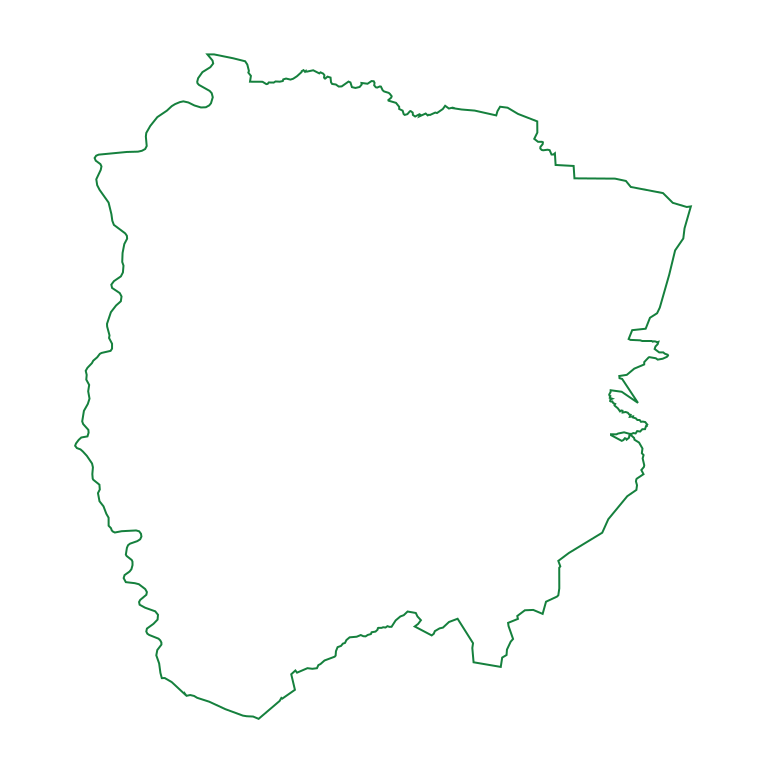 Zirándaro, Guerrero, Mexico (Equal Earth projection), rotated 269°
{"feature_id": "50627088B9136156022716", "entity_name": "Zirándaro", "entity_type": "district", "adm_level": 2, "iso_a3": "MEX", "parent_name": "Mexico", "parent_adm1": "Guerrero", "projection": "equal_earth", "projection_center": [-101.197, 18.328], "detail": "fine", "context": "isolated", "style": "outline", "palette": "green", "viewbox_px": 768, "rotation_deg": 269, "n_neighbors": 0, "source": "geoboundaries", "source_scale": "gbopen_adm2", "svg_char_len": 6105}
<svg xmlns="http://www.w3.org/2000/svg" viewBox="0 0 768 768"><g transform="rotate(269 384 384)"><path d="M267.6,625.3L273.7,634.5L278.4,635.2L282.3,634.2L284.1,634.6L284.9,635.0L289.3,641.9L293.5,639.8L296.5,642.4L298.2,642.8L305.1,641.3L308.4,642.3L310.3,640.6L315.0,641.3L321.0,638.0L323.9,633.5L325.7,633.1L328.4,630.2L328.1,628.4L326.0,628.0L324.1,625.6L325.3,624.8L325.6,623.9L323.8,622.4L323.0,620.7L328.9,610.1L329.8,610.1L329.6,615.5L330.4,617.2L331.5,623.2L329.9,628.6L329.8,630.8L330.6,632.4L330.2,634.7L332.5,636.3L332.0,639.3L334.3,641.5L334.3,644.2L336.7,645.0L337.4,646.0L338.0,645.6L338.8,646.5L341.4,644.5L341.9,642.1L341.7,640.3L343.5,639.0L343.6,636.7L345.3,635.1L346.2,632.3L347.3,632.5L346.9,629.2L348.9,630.0L349.2,628.7L351.0,627.3L351.8,625.1L351.3,622.0L353.1,622.0L353.4,620.7L352.5,619.5L355.6,617.4L358.2,614.4L358.9,614.0L360.0,614.8L361.0,612.8L362.6,612.0L362.4,610.8L363.0,609.8L364.6,610.1L365.3,611.9L366.2,609.5L368.0,610.1L368.5,609.2L369.6,609.0L372.0,610.4L373.8,610.5L372.1,621.5L360.7,637.6L384.9,622.2L385.7,619.6L387.9,619.4L388.9,626.9L395.0,634.5L399.0,644.5L401.4,644.6L406.0,649.1L406.2,649.9L405.0,656.2L403.6,658.1L404.4,663.1L406.2,667.3L407.5,668.5L408.3,668.2L409.4,665.3L410.7,663.8L410.8,659.7L414.3,655.2L416.8,656.1L419.0,658.3L421.4,659.1L421.0,657.5L421.7,656.5L422.0,654.5L421.6,653.5L422.3,652.5L422.5,642.9L423.2,640.9L423.8,631.2L424.7,629.4L433.5,633.1L434.7,646.6L445.6,651.1L450.0,658.3L455.6,661.1L488.4,671.1L512.5,677.4L524.3,685.8L534.4,687.2L556.2,693.9L555.7,689.8L560.1,675.9L570.0,666.3L576.7,634.2L582.8,629.4L585.3,618.6L586.3,578.0L598.7,577.4L600.0,559.4L611.7,558.9L610.5,557.3L610.5,555.5L614.9,553.7L615.4,551.7L614.9,547.2L615.3,545.7L616.7,544.4L618.3,544.5L621.0,546.8L622.9,547.1L623.4,546.1L623.5,542.2L626.5,538.5L632.7,541.7L643.9,541.8L651.7,522.7L658.1,512.4L659.2,504.9L654.8,502.2L650.6,500.9L655.8,479.4L657.1,466.4L658.5,458.2L658.8,458.4L659.1,457.4L658.3,453.7L661.1,450.0L657.9,447.6L654.0,441.7L654.5,440.0L652.2,434.7L652.4,433.5L651.8,432.4L653.7,430.4L651.0,424.1L652.6,425.0L653.1,424.2L650.9,419.8L652.5,417.6L654.9,417.4L656.4,415.4L656.2,414.6L653.4,412.1L652.7,409.4L653.5,408.4L657.0,407.4L658.7,404.0L660.9,404.0L664.9,400.9L667.2,393.5L667.8,393.3L670.2,396.2L671.6,396.7L673.9,395.0L675.0,393.8L676.5,389.2L677.7,387.8L681.4,386.1L681.6,385.1L680.5,382.3L680.8,381.0L682.8,379.4L685.3,379.8L686.9,379.0L687.1,376.8L684.5,372.8L685.4,366.7L683.8,366.9L681.4,364.8L680.5,360.6L681.4,357.1L686.1,355.7L687.0,353.8L682.3,346.9L682.2,343.9L684.3,341.1L684.9,337.4L686.6,336.3L691.3,335.9L692.3,332.9L690.4,330.6L690.5,330.0L691.5,329.4L693.8,329.8L695.4,328.6L696.7,326.0L695.7,324.7L698.9,318.7L697.7,312.5L697.8,311.6L698.4,311.4L697.5,310.5L699.2,309.0L698.2,307.2L697.3,307.0L693.2,302.3L690.8,298.5L690.0,295.8L691.1,291.4L690.3,288.6L688.7,288.1L688.1,285.1L688.4,280.8L687.3,279.0L687.5,274.0L686.1,272.9L685.9,271.6L688.3,267.8L688.6,255.3L694.4,256.3L697.7,253.8L699.4,254.4L705.8,252.9L709.1,250.8L712.3,238.9L716.5,219.9L716.6,213.2L710.4,218.2L707.4,218.8L703.8,215.9L699.0,207.9L693.0,203.5L689.4,202.5L687.9,202.8L686.3,204.2L680.1,214.8L677.8,216.8L673.7,217.8L667.7,215.9L665.6,214.1L663.8,210.7L663.7,205.8L665.8,199.3L668.9,193.3L670.1,188.3L669.4,184.8L667.5,180.0L665.5,176.6L661.1,171.7L654.8,162.0L646.1,154.8L639.2,150.7L635.6,150.2L626.1,150.9L623.1,149.3L621.4,146.0L620.6,142.1L620.5,131.0L618.3,102.7L617.3,100.2L615.0,98.6L612.3,99.7L608.8,104.3L606.5,105.3L603.0,104.5L593.7,99.9L587.8,100.7L583.1,103.0L570.2,111.8L558.6,114.4L552.0,115.2L547.8,116.7L539.1,127.9L536.7,129.5L533.8,129.7L528.5,126.8L519.6,124.9L510.6,124.4L506.9,125.6L500.1,124.9L496.2,122.8L491.6,115.8L488.1,113.1L484.8,113.8L479.5,121.4L476.1,123.1L471.3,122.3L467.2,117.5L460.6,112.2L449.0,108.1L446.2,108.2L437.4,110.4L434.8,109.9L429.0,112.8L424.1,112.7L421.9,111.2L420.0,102.2L419.1,100.4L415.7,97.7L412.4,93.7L409.9,92.3L405.4,87.8L402.4,86.0L398.3,86.9L393.6,86.4L388.2,89.2L381.9,88.1L374.5,89.3L369.2,87.5L362.4,83.5L351.9,81.6L349.2,82.5L343.3,87.6L340.5,87.8L336.8,86.6L335.8,80.4L333.5,77.8L329.9,75.0L327.6,74.1L325.3,75.8L323.9,79.4L321.8,81.7L317.4,85.6L309.6,90.7L305.8,91.5L299.0,90.8L294.4,91.1L293.3,91.7L288.3,97.7L283.5,98.0L279.9,96.1L271.7,97.5L266.6,101.4L259.1,104.1L255.1,106.3L247.1,106.2L244.6,108.5L242.5,109.2L241.3,110.2L240.2,112.3L241.4,119.1L241.9,133.6L241.0,136.6L238.5,138.4L235.7,138.8L233.0,137.5L231.2,134.6L228.8,127.3L227.3,125.3L224.7,124.1L217.9,122.9L216.5,123.7L212.4,128.7L210.8,129.4L207.3,129.4L203.2,128.2L200.9,126.3L197.5,121.3L194.5,120.3L190.4,122.4L189.2,131.4L188.1,135.4L183.1,141.7L180.1,143.3L177.4,142.7L172.4,136.5L170.3,135.3L167.6,135.8L164.5,141.2L160.7,151.3L157.2,154.0L152.4,153.5L148.2,149.3L143.6,142.7L140.7,142.0L138.5,143.0L137.2,144.8L133.3,154.1L131.6,155.8L129.4,156.9L127.3,156.9L122.0,152.7L116.7,151.6L108.5,154.3L99.1,155.4L93.8,156.7L93.8,159.7L89.7,166.5L77.4,179.3L78.0,179.4L75.7,181.1L76.4,184.8L75.4,188.7L73.5,191.7L69.4,203.7L61.7,219.6L54.9,237.1L54.2,241.0L53.8,247.3L51.4,252.8L68.9,274.1L71.9,275.9L71.2,276.8L79.8,289.6L95.4,286.2L99.1,290.4L96.9,292.0L101.2,302.5L100.5,307.4L101.0,312.0L104.1,313.5L105.1,315.6L108.6,319.7L112.2,329.9L113.3,330.9L117.7,331.3L121.7,333.0L122.9,336.5L125.1,338.3L125.8,340.5L128.6,341.9L131.3,345.2L131.8,352.3L133.4,356.4L132.2,358.9L132.0,361.2L133.4,363.4L134.2,366.5L136.0,367.3L136.6,371.2L138.5,373.3L140.0,373.6L140.3,374.3L140.2,377.3L140.8,378.9L140.5,381.3L141.8,383.2L141.1,385.2L141.1,387.3L147.4,391.5L151.3,396.3L152.5,399.7L156.1,403.6L154.5,411.8L151.0,413.4L147.2,416.8L143.5,413.9L141.0,410.5L131.8,427.3L133.4,429.4L136.0,430.5L138.7,435.3L139.4,438.7L144.9,444.8L148.0,453.5L123.3,468.5L118.5,467.7L104.2,468.7L99.1,495.8L108.4,497.4L110.9,501.8L116.3,502.3L124.2,506.2L126.8,508.6L139.8,504.3L143.0,503.9L146.8,513.8L149.7,513.2L155.3,520.9L155.5,529.3L151.4,538.6L163.5,542.2L168.4,553.2L169.7,554.6L176.6,555.7L197.2,556.0L198.6,557.1L204.1,555.2L211.9,566.0L231.5,599.6L244.9,605.9L267.6,625.3Z" fill="none" stroke="#15803d" stroke-width="2"/></g></svg>